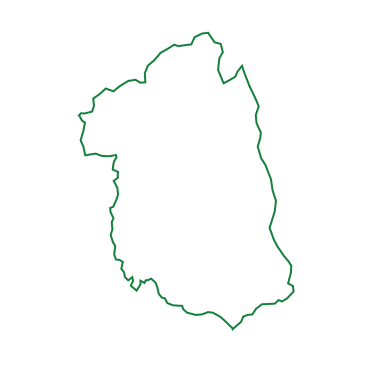 the district of Arakapas, Limassol, Cyprus, rotated 246°
{"feature_id": "46923920B61372906166582", "entity_name": "Arakapas", "entity_type": "district", "adm_level": 2, "iso_a3": "CYP", "parent_name": "Cyprus", "parent_adm1": "Limassol", "projection": "orthographic", "projection_center": [33.105, 34.852], "detail": "fine", "context": "isolated", "style": "outline", "palette": "green", "viewbox_px": 384, "rotation_deg": 246, "n_neighbors": 0, "source": "geoboundaries", "source_scale": "gbopen_adm2", "svg_char_len": 1910}
<svg xmlns="http://www.w3.org/2000/svg" viewBox="0 0 384 384"><g transform="rotate(246 192 192)"><path d="M50.2,173.4L53.4,184.0L57.3,188.1L57.0,193.2L55.6,197.3L59.2,202.9L61.0,210.2L57.8,218.3L56.3,222.4L58.1,227.0L55.4,229.7L56.1,235.5L59.7,244.3L65.0,246.0L69.4,242.6L78.0,249.5L81.3,251.2L84.3,252.7L89.6,251.9L96.1,250.0L107.4,247.9L115.3,247.4L127.8,248.3L134.1,254.0L140.4,259.5L149.7,265.1L160.8,266.3L171.4,269.3L186.4,270.1L194.8,268.9L206.8,270.5L213.3,276.1L218.3,279.1L228.5,278.9L236.4,281.6L243.1,287.8L251.5,288.0L265.5,287.6L279.7,288.3L286.9,289.0L283.5,282.5L279.7,278.4L278.8,270.6L278.5,265.1L292.9,265.5L303.0,271.3L307.1,277.0L315.6,278.5L319.6,273.5L330.6,271.5L330.9,271.5L332.6,266.0L332.4,257.4L328.3,252.7L327.1,251.4L329.0,245.2L330.2,241.1L330.8,238.8L333.8,235.7L332.7,228.0L331.9,219.9L327.6,210.8L325.4,203.1L319.7,197.2L311.2,194.0L312.9,189.2L317.5,186.1L319.4,178.9L318.0,168.6L315.9,161.2L321.6,155.3L319.0,147.4L317.5,139.8L310.6,137.5L306.1,133.5L307.4,125.8L309.1,122.6L308.0,120.0L307.9,120.1L301.7,120.6L299.0,122.5L292.2,117.8L284.4,111.2L277.7,111.3L269.0,109.4L266.2,119.7L261.8,124.1L258.5,130.5L256.7,137.5L254.2,137.0L251.7,133.2L248.6,131.0L244.7,128.7L243.4,129.9L240.4,132.7L237.8,131.0L235.3,130.3L234.0,125.0L226.2,125.5L219.9,123.5L216.6,120.7L210.6,114.1L210.7,110.8L206.9,109.4L199.9,109.6L197.1,106.4L190.2,104.1L185.8,100.2L177.8,99.3L175.5,99.9L173.1,99.5L166.8,95.6L161.4,95.0L159.3,98.3L156.2,100.3L150.6,96.2L146.3,97.3L141.6,96.1L137.2,97.8L138.5,102.8L134.7,102.0L131.3,98.0L124.5,101.3L128.6,107.4L131.9,108.8L128.3,111.6L130.2,114.0L129.3,116.1L129.5,119.4L126.4,120.8L123.5,121.9L118.1,121.4L112.5,120.2L107.8,121.5L105.8,124.0L100.5,124.3L96.1,128.7L92.0,136.7L88.4,136.3L83.7,138.5L78.2,145.4L76.1,151.4L75.8,157.7L73.4,161.8L69.2,165.1L66.6,167.0L59.6,170.2L51.0,173.6L50.2,173.4Z" fill="none" stroke="#15803d" stroke-width="2"/></g></svg>